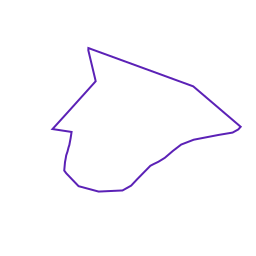 the district of Presidente Médici, Maranhão, Brazil, rotated 222°
{"feature_id": "56859067B54906018261321", "entity_name": "Presidente Médici", "entity_type": "district", "adm_level": 2, "iso_a3": "BRA", "parent_name": "Brazil", "parent_adm1": "Maranhão", "projection": "mercator", "projection_center": [-45.779, -2.308], "detail": "fine", "context": "isolated", "style": "outline", "palette": "violet", "viewbox_px": 256, "rotation_deg": 222, "n_neighbors": 0, "source": "geoboundaries", "source_scale": "gbopen_adm2", "svg_char_len": 620}
<svg xmlns="http://www.w3.org/2000/svg" viewBox="0 0 256 256"><g transform="rotate(222 128 128)"><path d="M143.5,53.0L125.8,51.7L107.3,61.1L90.3,77.9L87.8,85.2L87.1,87.3L86.9,96.6L86.1,114.9L84.8,118.4L83.6,121.3L82.8,123.3L81.7,127.0L80.7,130.4L79.3,141.1L77.4,151.3L71.3,163.3L61.4,176.4L56.1,183.4L47.2,194.6L45.1,200.7L45.1,204.3L107.4,202.6L210.9,160.9L209.5,159.2L185.1,142.4L183.3,141.1L183.3,117.0L183.3,113.0L183.3,97.9L183.4,76.7L167.3,87.3L163.8,82.0L161.8,78.7L160.2,76.1L159.2,73.8L157.2,70.0L155.6,66.3L154.0,63.8L152.0,60.5L146.9,53.7L143.5,53.0Z" fill="none" stroke="#5b21b6" stroke-width="2"/></g></svg>